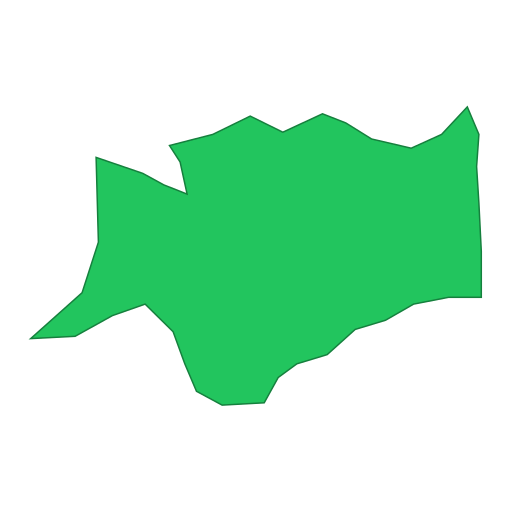 outline of Kazafani, Cyprus
{"feature_id": "46923920B35244398471877", "entity_name": "Kazafani", "entity_type": "district", "adm_level": 2, "iso_a3": "CYP", "parent_name": "Cyprus", "parent_adm1": "", "projection": "robinson", "projection_center": [33.356, 35.324], "detail": "fine", "context": "isolated", "style": "filled", "palette": "green", "viewbox_px": 512, "rotation_deg": 0, "n_neighbors": 0, "source": "geoboundaries", "source_scale": "gbopen_adm2", "svg_char_len": 606}
<svg xmlns="http://www.w3.org/2000/svg" viewBox="0 0 512 512"><path d="M30.7,338.6L75.1,336.3L112.4,315.6L145.1,304.1L173.1,331.7L184.8,363.8L196.5,391.3L222.1,405.1L264.2,402.8L278.2,377.5L296.9,363.8L327.2,354.6L355.2,329.4L385.6,320.2L413.6,304.1L448.6,297.3L481.3,297.3L481.3,251.4L478.9,203.2L476.6,166.5L478.9,134.4L474.7,124.5L467.3,106.9L441.6,134.4L411.2,148.2L371.6,139.0L345.9,123.0L322.5,113.8L282.8,132.2L250.2,116.1L212.8,134.4L169.5,145.5L180.1,162.0L187.1,194.1L163.8,184.9L142.8,173.4L96.1,157.4L98.4,242.2L82.1,292.7L30.7,338.6Z" fill="#22c55e" stroke="#15803d" stroke-width="1.5"/></svg>